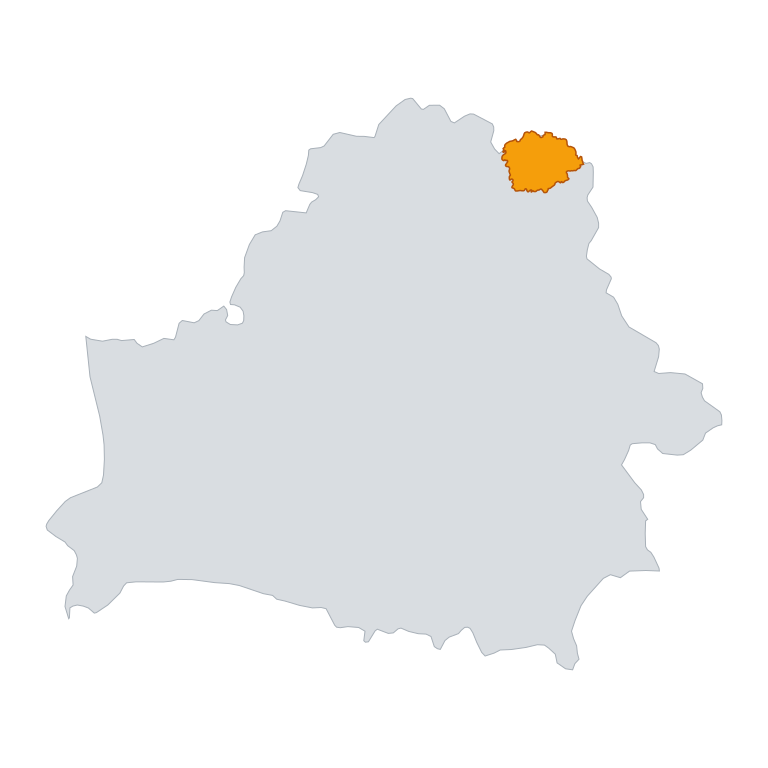 Haradok, Vitebsk, Belarus shown in context
{"feature_id": "67162791B30546828632542", "entity_name": "Haradok", "entity_type": "district", "adm_level": 2, "iso_a3": "BLR", "parent_name": "Belarus", "parent_adm1": "Vitebsk", "projection": "orthographic", "projection_center": [30.062, 55.617], "detail": "fine", "context": "in_parent", "style": "filled", "palette": "amber", "viewbox_px": 768, "rotation_deg": 0, "n_neighbors": 0, "source": "geoboundaries", "source_scale": "gbopen_adm2", "svg_char_len": 9242}
<svg xmlns="http://www.w3.org/2000/svg" viewBox="0 0 768 768"><path d="M659.4,571.0L645.8,570.5L629.5,571.1L620.4,577.7L610.4,574.7L603.3,578.4L587.3,596.2L581.0,605.7L575.1,620.4L571.5,631.2L573.6,638.8L576.6,645.8L577.4,653.3L579.0,659.2L574.9,663.6L572.6,669.8L565.6,668.8L557.1,662.9L555.3,654.2L548.8,648.2L544.5,645.1L537.4,644.7L526.1,647.4L511.4,649.5L500.2,650.0L494.1,653.1L485.1,656.0L481.7,652.4L476.8,642.5L472.8,632.7L470.1,628.4L467.7,627.2L464.7,627.4L461.2,630.4L458.5,633.6L449.2,637.1L445.0,640.5L440.3,649.4L437.4,648.7L434.3,646.6L431.0,636.5L426.1,634.1L418.3,633.7L408.7,631.4L401.0,628.1L398.1,628.8L393.3,632.9L388.3,633.4L377.3,629.2L375.1,630.9L368.4,641.8L365.4,642.2L363.8,640.7L365.0,631.2L358.7,627.5L347.9,626.6L340.3,627.7L336.6,627.2L334.7,625.2L326.1,608.7L321.2,607.5L312.4,607.9L299.6,605.4L284.8,601.0L276.7,599.2L272.6,595.4L263.5,593.7L239.3,585.5L229.3,583.6L214.6,582.6L192.2,579.6L177.7,579.4L170.9,581.2L163.1,582.0L136.3,581.8L126.6,582.8L123.6,586.0L119.9,593.1L107.8,605.0L96.4,612.6L94.3,613.1L88.4,608.0L83.3,606.1L77.3,605.0L72.8,606.1L69.9,607.9L69.4,617.8L68.7,618.7L65.0,606.5L66.3,595.9L69.5,590.1L73.1,585.0L72.6,576.6L76.7,566.1L77.4,558.3L76.4,554.8L74.2,550.6L67.7,545.7L65.0,542.0L56.0,536.6L47.3,530.0L46.1,526.4L46.7,524.1L48.7,520.7L56.7,510.8L65.3,501.4L70.5,497.7L97.4,487.0L101.8,482.8L103.5,475.1L104.4,459.4L104.1,445.0L103.0,435.0L99.7,416.1L90.0,376.7L85.8,336.4L90.6,339.2L102.5,341.2L112.2,339.3L117.2,339.3L121.5,340.6L134.2,339.5L137.0,343.3L142.3,346.9L153.7,343.3L163.9,338.4L173.9,339.8L175.5,337.2L179.1,323.3L182.3,320.5L194.2,322.8L198.9,320.6L204.0,314.0L211.4,310.2L217.3,310.6L223.8,306.1L226.6,309.6L227.7,315.5L225.4,320.0L226.1,321.9L230.3,324.5L237.6,324.9L242.4,323.2L243.7,320.6L243.9,315.8L243.1,311.2L240.2,307.2L234.5,304.8L230.5,304.5L229.9,302.0L231.6,296.8L235.8,287.3L240.8,278.8L243.7,275.6L244.3,272.6L244.1,267.2L244.6,257.7L249.4,244.5L255.2,234.8L262.5,231.9L271.2,230.7L276.9,226.2L280.0,220.9L282.8,212.3L285.6,210.7L306.2,212.9L309.8,204.4L311.6,202.1L315.7,199.7L318.6,196.8L317.7,194.4L312.5,192.6L300.2,190.6L297.9,187.6L298.9,184.2L302.6,175.5L306.3,164.2L308.4,155.4L308.8,150.1L310.6,148.8L320.7,147.6L324.1,146.0L333.2,134.3L339.8,132.5L356.5,136.3L364.3,136.4L374.1,137.6L375.0,136.4L378.8,124.5L396.1,105.9L405.1,99.5L410.7,98.2L412.7,98.6L421.3,109.0L423.4,109.4L429.4,105.3L439.6,105.2L444.3,108.8L450.9,121.4L454.4,122.9L464.5,116.2L470.0,113.9L473.6,114.1L492.3,123.9L493.7,127.0L493.8,130.7L490.7,142.0L494.6,149.0L499.1,153.7L508.9,146.0L512.5,143.8L516.4,143.8L521.7,140.9L525.5,136.6L529.1,135.1L536.0,136.1L548.6,135.1L563.2,141.8L564.5,143.9L571.9,151.9L574.5,155.8L576.9,157.1L580.8,161.0L586.1,163.4L589.7,162.6L591.5,163.8L593.1,166.9L593.3,172.1L593.0,187.1L587.8,195.0L587.1,197.7L587.4,201.0L591.7,207.4L597.2,217.4L598.6,223.2L598.6,227.6L591.3,240.5L588.9,243.5L587.3,249.9L586.4,256.3L587.0,258.9L599.6,269.0L608.9,274.4L611.1,277.1L611.3,278.8L606.5,289.8L606.1,292.8L613.6,297.2L617.8,304.3L621.7,315.9L629.0,327.0L656.0,342.7L658.4,345.6L659.3,349.1L658.6,356.8L654.1,371.5L658.7,373.5L670.5,372.6L685.0,374.0L702.5,383.8L702.8,388.4L701.1,392.7L702.4,397.1L704.5,400.8L719.9,411.8L721.4,415.0L721.9,420.6L721.7,424.8L717.5,425.8L713.0,427.9L705.5,433.1L702.8,440.1L690.8,450.1L683.3,454.7L677.2,455.1L662.7,453.5L657.5,448.9L655.3,444.6L649.8,442.8L642.4,442.8L632.2,443.7L630.2,445.1L628.6,450.5L624.5,459.6L621.5,464.9L634.7,482.7L641.4,490.0L643.6,494.5L643.6,497.7L640.5,501.6L641.2,509.3L647.7,519.3L645.6,520.9L645.2,533.4L645.6,546.6L647.4,549.8L650.9,552.4L653.9,557.1L659.0,568.1L659.4,571.0Z" fill="#d9dde1" stroke="#a8b0b8" stroke-width="1"/><path d="M583.5,164.2L583.2,163.7L582.8,162.5L582.6,161.3L582.1,160.5L582.0,159.2L581.8,157.9L581.6,156.9L580.6,156.5L579.7,157.4L579.1,158.3L578.4,158.9L577.8,157.9L577.3,156.9L577.3,155.9L576.7,155.3L575.9,155.2L575.7,154.5L576.0,153.4L575.9,151.9L575.5,150.7L575.1,149.8L574.3,148.3L573.5,147.7L571.9,147.0L570.5,146.5L569.4,146.7L568.1,146.3L567.5,145.4L567.1,144.4L567.0,142.9L566.9,141.6L566.6,140.5L566.2,139.7L565.0,139.0L563.7,138.9L562.7,138.9L561.6,139.3L560.7,139.2L560.1,138.4L559.6,138.4L558.7,138.7L557.6,138.9L556.9,138.9L556.6,138.3L556.3,137.2L555.5,136.9L554.8,136.9L553.7,136.9L553.0,136.8L552.3,136.1L552.4,134.8L552.1,133.5L550.8,132.8L549.0,132.7L548.1,132.7L546.6,132.3L545.1,132.3L545.1,133.4L545.0,134.6L543.9,135.0L543.1,135.6L542.9,136.8L541.5,137.5L540.4,137.4L539.8,136.4L538.6,134.8L537.4,134.8L536.1,133.2L535.1,132.4L533.2,131.6L531.6,131.0L530.6,131.7L529.6,132.8L528.8,132.7L527.7,132.0L526.2,132.1L524.7,132.8L524.1,133.9L523.8,134.9L523.3,136.5L522.3,137.9L521.6,138.8L520.5,139.5L520.0,140.9L519.0,141.6L517.7,141.7L516.7,141.4L516.6,140.5L515.7,139.3L514.3,139.9L513.0,140.7L511.4,141.1L509.7,141.4L508.0,142.4L506.8,143.0L505.1,144.5L504.7,145.7L504.7,147.4L503.7,147.9L503.1,148.8L503.6,149.3L503.9,149.9L503.9,150.3L503.8,150.6L503.3,151.0L502.9,151.6L503.2,152.2L503.8,152.3L504.2,152.0L504.5,151.8L504.7,151.4L504.9,151.0L505.1,150.7L505.5,150.7L505.7,150.9L505.8,151.5L505.9,152.0L505.9,152.4L505.9,152.7L505.7,153.1L505.4,153.5L504.9,153.9L504.1,154.4L503.3,154.9L503.0,155.3L502.5,155.8L502.3,156.2L502.1,156.6L502.0,157.3L501.9,158.0L501.9,159.0L502.2,159.6L502.6,160.0L503.0,160.3L503.5,160.6L503.8,160.6L504.1,160.5L504.3,160.1L504.6,159.9L505.1,160.0L505.3,160.1L505.6,160.4L506.0,160.6L506.5,160.6L506.8,160.3L507.0,160.4L507.4,160.5L507.5,160.9L507.7,161.3L507.6,161.7L507.5,162.1L507.3,162.4L506.9,162.9L506.5,163.3L506.2,164.0L506.0,164.3L505.7,164.5L505.6,164.8L505.6,165.0L505.5,165.3L505.7,165.8L506.0,166.2L506.4,166.4L507.0,166.6L507.9,166.6L508.2,166.6L508.7,166.9L509.0,167.2L509.2,167.5L509.5,168.0L509.6,168.5L509.6,169.0L509.6,169.3L509.4,169.7L509.3,170.0L509.1,170.7L509.1,171.1L509.1,171.6L509.3,172.1L509.4,172.5L509.5,172.8L509.7,173.2L509.8,173.7L510.0,174.1L510.2,174.4L510.4,174.9L510.4,175.1L510.3,175.4L510.1,175.6L509.8,175.8L509.7,176.1L509.4,176.5L509.3,177.2L509.3,177.8L509.3,178.4L509.4,178.8L509.4,179.2L509.6,179.6L509.7,179.9L510.0,179.9L510.3,179.9L510.7,179.6L510.9,179.4L511.1,179.2L511.6,179.0L512.1,179.1L512.6,179.4L512.9,179.7L513.0,180.2L513.0,180.8L512.9,181.0L512.5,181.3L512.1,181.6L512.1,182.0L512.1,182.3L512.4,182.6L512.6,182.8L512.8,183.0L513.2,183.5L513.3,183.7L513.3,184.3L513.3,184.6L512.9,185.4L512.7,185.5L512.4,186.0L512.3,186.3L512.1,186.6L511.9,187.1L511.9,187.4L512.0,187.6L512.3,187.9L512.7,188.0L513.1,188.1L514.1,188.6L514.3,188.9L514.5,189.1L514.7,189.5L514.9,189.9L515.0,190.2L515.2,190.5L515.5,190.9L515.8,190.9L516.4,191.0L516.9,191.0L517.3,191.0L517.7,190.9L518.1,190.8L518.5,190.8L518.9,190.7L519.4,190.6L520.2,190.5L520.9,190.6L521.3,190.7L521.7,190.7L522.1,190.7L522.5,190.8L522.9,190.8L523.4,190.8L523.9,190.6L524.2,190.5L524.7,189.9L524.9,189.5L525.0,189.1L525.4,188.8L525.7,188.8L526.0,188.8L526.3,189.1L526.6,189.6L526.8,189.9L526.8,190.4L527.0,190.8L527.2,191.0L527.5,191.5L527.8,191.8L528.2,191.8L528.6,191.7L528.9,191.4L529.1,191.1L529.5,190.8L529.9,190.4L530.2,190.2L530.5,190.0L531.0,190.0L531.5,190.0L531.7,190.3L531.4,190.7L531.2,191.3L531.1,191.7L531.3,192.0L531.5,192.0L531.8,191.8L532.2,191.3L532.5,191.0L532.8,190.9L533.2,190.9L533.3,191.2L533.6,191.4L533.8,191.5L534.2,191.5L534.7,191.6L535.1,191.6L535.6,191.5L536.1,191.3L536.5,190.9L536.9,190.6L537.1,190.4L537.5,190.2L538.0,190.1L538.5,190.1L538.8,190.0L539.0,190.0L539.5,189.8L539.7,189.6L540.0,189.4L540.4,189.2L540.7,189.1L541.4,189.2L541.7,189.4L542.0,189.8L542.2,190.1L542.5,190.4L542.9,190.9L543.2,191.2L543.5,191.8L543.8,192.2L544.0,192.5L544.4,192.6L544.9,192.6L545.3,192.6L545.8,192.6L546.2,192.4L546.6,192.2L547.0,191.9L547.2,191.6L547.3,191.2L547.4,190.8L547.7,190.3L547.8,190.1L548.1,189.8L548.1,189.5L548.1,189.2L548.2,188.8L548.3,188.6L548.6,188.6L549.1,188.4L549.7,188.4L550.2,188.2L550.8,187.8L551.6,187.1L552.6,186.4L553.5,185.7L554.1,185.3L554.5,184.9L554.8,184.5L554.8,184.1L554.9,183.7L555.1,183.3L555.3,183.0L555.7,182.6L556.0,182.4L556.4,182.1L556.7,181.9L557.2,181.7L557.6,181.5L558.1,181.5L558.7,181.6L558.9,181.8L559.2,182.0L559.5,182.1L559.9,182.5L560.1,182.7L560.3,182.8L560.5,182.8L560.7,182.7L560.8,182.6L560.9,182.4L561.0,182.2L561.2,181.8L561.4,181.7L561.7,181.7L562.0,181.9L562.1,182.1L562.3,182.3L562.5,182.5L563.1,182.5L563.6,182.3L563.9,182.1L564.2,181.8L564.4,181.5L564.9,181.0L565.4,180.7L565.9,180.5L566.4,180.3L566.9,180.2L567.3,180.1L567.8,179.9L568.2,179.6L568.6,179.3L568.8,179.0L568.9,178.7L568.6,178.3L568.4,178.2L568.0,177.8L567.7,177.5L567.5,177.0L567.5,176.3L567.5,175.6L567.4,175.1L567.3,174.6L567.2,174.1L567.1,173.7L566.8,173.3L566.5,173.0L566.4,172.6L566.4,172.2L566.5,171.7L566.9,171.4L567.3,171.1L567.9,170.9L568.4,170.8L568.9,170.8L569.5,171.0L570.1,171.0L570.5,171.0L571.2,170.7L571.7,170.7L572.2,170.8L572.8,170.8L573.2,170.7L574.0,170.5L574.6,170.5L575.4,170.6L575.9,170.5L576.5,170.0L576.9,169.5L577.4,169.1L577.9,168.6L578.6,168.5L579.2,168.4L579.7,168.1L579.7,167.7L580.0,167.3L580.2,167.2L580.5,166.9L580.6,166.6L580.6,166.3L580.5,166.0L580.2,165.7L580.1,165.3L580.1,165.1L580.5,165.0L581.0,164.9L581.5,164.8L582.3,164.6L582.6,164.5L583.5,164.2Z" fill="#f59e0b" stroke="#b45309" stroke-width="1.5"/></svg>